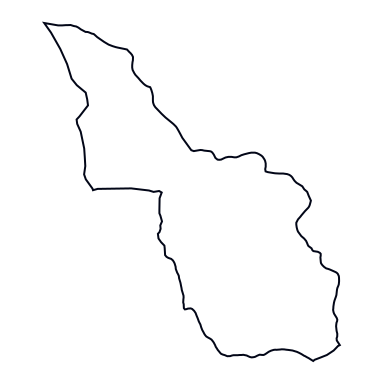 Drametse, Tashigang, Bhutan
{"feature_id": "84629894B36309524105984", "entity_name": "Drametse", "entity_type": "district", "adm_level": 2, "iso_a3": "BTN", "parent_name": "Bhutan", "parent_adm1": "Tashigang", "projection": "orthographic", "projection_center": [91.464, 27.347], "detail": "fine", "context": "isolated", "style": "outline", "palette": "ink", "viewbox_px": 384, "rotation_deg": 0, "n_neighbors": 0, "source": "geoboundaries", "source_scale": "gbopen_adm2", "svg_char_len": 4169}
<svg xmlns="http://www.w3.org/2000/svg" viewBox="0 0 384 384"><path d="M93.0,190.2L97.6,188.9L131.2,188.4L149.0,190.5L153.6,191.9L157.3,191.3L159.1,191.0L161.7,192.5L159.6,198.2L159.5,203.9L159.4,210.0L159.4,213.3L160.4,215.7L162.0,221.4L160.3,225.4L160.6,228.8L159.5,232.1L157.9,233.8L158.5,238.5L161.1,242.2L164.4,245.6L164.7,248.3L165.1,255.1L166.5,256.8L168.3,257.9L171.2,258.9L172.9,260.4L173.9,262.0L174.6,263.4L175.6,266.7L175.8,269.0L177.2,272.7L178.1,274.3L178.8,275.9L179.1,278.3L180.4,282.6L180.7,284.0L181.0,285.7L181.5,288.0L181.8,290.0L182.6,292.6L183.0,294.0L183.5,295.6L183.6,297.5L183.4,299.2L183.2,302.4L183.7,304.2L183.8,306.8L183.9,308.2L184.9,309.4L186.6,309.1L187.9,308.6L190.7,308.4L192.2,309.0L194.1,310.8L195.6,313.0L196.6,315.7L197.5,317.8L198.1,319.4L198.8,321.4L199.6,323.0L200.4,324.5L201.1,327.0L201.7,328.6L202.3,330.1L203.2,331.7L204.4,334.0L205.2,335.2L206.3,336.5L208.3,337.7L210.0,338.6L211.5,339.6L213.1,341.6L213.9,342.8L214.5,344.0L215.2,345.3L215.7,346.7L216.9,348.5L217.8,350.0L219.0,351.4L220.2,352.9L221.2,353.9L223.2,354.7L224.7,355.1L226.1,355.7L227.3,356.2L230.2,356.1L232.0,355.5L233.5,355.2L236.0,355.2L237.7,355.2L239.8,355.0L241.4,355.0L243.2,354.8L245.2,355.2L246.7,355.5L247.9,356.1L249.9,357.0L251.7,357.4L254.0,357.1L255.4,356.7L256.6,356.0L257.9,355.4L259.6,354.7L261.7,354.9L263.3,355.0L264.5,354.6L266.1,353.6L268.7,351.8L271.0,350.7L273.6,349.9L275.2,349.7L276.4,349.8L277.8,349.7L280.3,349.5L281.7,349.3L284.2,349.4L286.2,349.7L288.1,349.9L289.6,350.1L292.5,350.5L295.4,351.4L296.8,351.8L298.8,352.7L301.5,354.1L302.6,354.8L304.2,355.8L305.4,356.3L306.5,357.0L308.8,358.2L310.5,359.3L313.2,361.0L314.6,359.8L320.1,357.7L326.9,355.0L333.7,350.5L336.6,347.5L338.0,346.0L339.8,345.1L336.8,340.5L336.6,338.3L337.2,336.6L337.3,333.8L336.6,330.9L336.1,326.3L336.3,324.2L336.5,322.7L337.1,321.2L337.3,319.7L336.7,317.9L334.2,313.9L333.6,312.4L333.1,309.9L333.3,308.4L333.4,306.5L334.0,302.6L334.5,300.6L335.9,296.7L336.4,295.0L337.0,289.6L337.4,287.9L338.3,285.8L338.8,284.3L339.1,281.1L339.0,277.5L338.8,276.0L337.7,273.7L336.5,272.6L335.4,272.0L329.8,269.5L328.1,268.9L326.2,268.4L324.1,266.9L322.4,265.2L321.1,263.4L320.8,262.1L320.4,257.4L320.7,255.7L320.7,253.8L319.8,252.8L317.8,251.8L313.4,251.1L312.4,250.2L311.5,248.3L309.6,246.9L308.4,246.0L307.7,244.7L307.2,243.3L306.1,240.9L304.1,238.5L301.3,236.1L298.0,231.6L297.3,229.8L296.7,227.4L296.3,224.6L296.3,222.7L298.0,219.4L300.4,216.7L301.3,215.5L305.0,211.1L308.2,207.8L309.0,206.7L309.7,205.1L310.6,201.8L310.9,200.6L309.8,198.2L308.7,195.8L307.2,191.9L306.0,190.8L304.3,189.4L302.3,186.3L297.7,183.5L296.5,182.8L294.7,181.0L293.6,179.5L292.3,177.4L291.1,176.1L289.4,174.9L287.2,174.1L282.9,173.5L278.6,173.5L275.2,173.3L273.7,173.1L267.7,172.1L265.6,171.4L265.2,169.1L265.7,166.8L265.7,163.5L265.2,161.2L264.6,159.7L263.9,158.6L262.7,156.8L261.4,155.6L259.1,154.2L257.0,153.2L255.1,152.7L251.1,152.7L248.9,153.1L244.2,154.3L241.4,155.2L238.8,156.5L236.4,157.3L234.1,157.3L231.7,156.9L228.3,156.9L225.5,157.5L223.4,158.5L221.1,159.6L219.1,159.8L217.5,159.6L215.4,157.9L213.8,154.6L212.3,152.5L211.2,151.6L209.9,151.2L204.2,150.6L202.1,150.1L200.2,150.0L193.8,151.1L191.3,150.2L190.2,148.7L182.3,137.8L181.0,135.3L178.8,131.2L176.9,127.9L176.0,126.6L173.5,124.1L171.6,122.5L165.5,117.5L161.6,113.8L159.8,111.9L155.3,107.2L154.0,105.2L153.4,103.6L153.0,102.1L152.9,100.2L152.9,96.1L152.3,93.1L151.4,90.1L150.9,88.8L150.2,87.2L147.3,86.3L146.0,85.6L144.8,84.8L143.3,83.5L140.5,80.6L138.5,78.2L135.5,75.0L134.3,73.2L132.6,69.9L132.2,67.6L132.2,65.2L132.5,62.2L132.9,60.3L133.0,57.0L132.0,54.9L130.5,53.1L129.2,51.9L127.0,49.5L123.7,48.8L117.8,47.6L115.7,47.1L112.5,46.1L108.6,44.6L104.1,41.9L99.9,39.0L98.5,38.0L97.2,37.1L95.0,35.1L93.7,34.0L91.8,33.6L89.2,32.5L87.7,32.0L85.5,31.9L80.9,29.4L78.4,27.6L76.3,26.5L73.7,26.0L70.6,25.0L68.4,25.1L66.3,25.1L62.2,25.4L58.1,25.4L54.6,24.8L44.2,23.0L51.0,32.6L60.3,49.0L67.1,64.1L71.6,78.7L76.8,85.2L85.7,92.6L87.2,99.4L88.0,105.4L84.2,110.3L79.5,116.4L76.6,119.5L77.2,123.9L80.7,131.7L84.2,148.5L84.8,157.4L85.3,166.1L84.1,174.4L85.8,179.3L92.5,188.6L93.0,190.2Z" fill="none" stroke="#020617" stroke-width="2"/></svg>